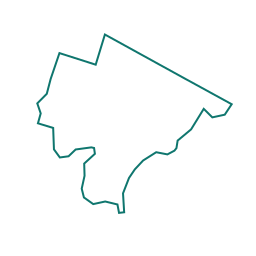 the district of Cole, Missouri, United States of America, rotated 105°
{"feature_id": "52423323B5889391019890", "entity_name": "Cole", "entity_type": "district", "adm_level": 2, "iso_a3": "USA", "parent_name": "United States of America", "parent_adm1": "Missouri", "projection": "equal_earth", "projection_center": [-92.198, 38.531], "detail": "fine", "context": "isolated", "style": "outline", "palette": "teal", "viewbox_px": 256, "rotation_deg": 105, "n_neighbors": 0, "source": "geoboundaries", "source_scale": "gbopen_adm2", "svg_char_len": 649}
<svg xmlns="http://www.w3.org/2000/svg" viewBox="0 0 256 256"><g transform="rotate(105 128 128)"><path d="M210.4,109.9L192.4,115.9L176.0,114.1L166.2,110.7L155.5,105.0L144.1,94.5L143.3,83.1L137.9,77.3L134.9,76.0L127.3,76.8L113.0,66.7L89.9,59.8L95.9,49.3L90.1,38.0L78.2,34.0L65.9,84.4L65.9,84.5L43.7,174.5L75.2,175.6L73.4,213.6L100.7,215.4L116.0,215.3L127.7,222.0L136.5,216.1L146.8,216.2L147.3,200.3L167.8,194.0L174.1,186.2L170.7,178.1L162.3,173.0L156.2,158.4L156.1,155.6L161.5,153.3L173.7,161.1L185.4,157.6L198.6,157.0L206.5,152.6L210.5,141.9L204.9,131.0L204.6,118.4L212.3,114.7L210.4,109.9Z" fill="none" stroke="#0f766e" stroke-width="2"/></g></svg>